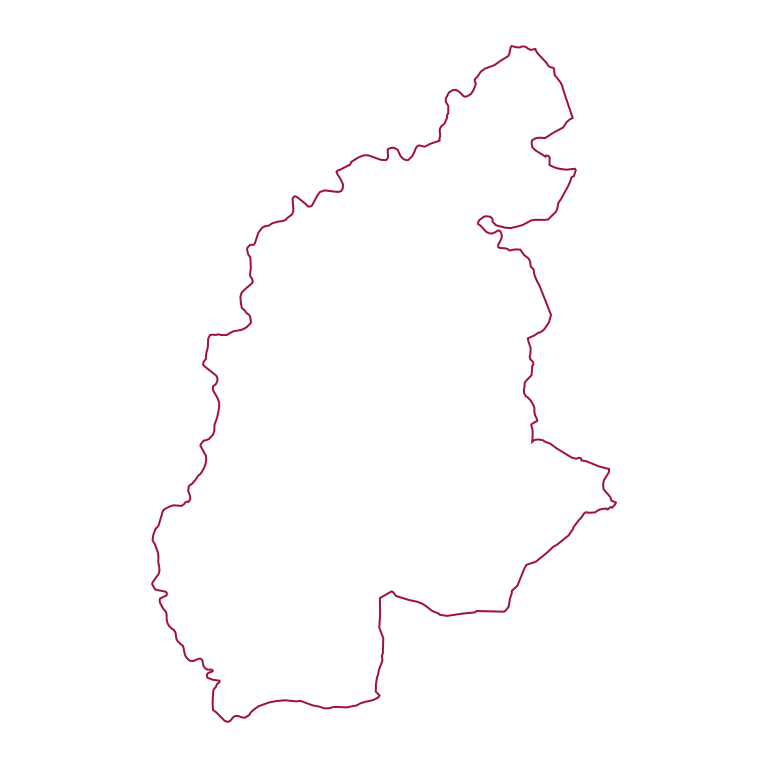 Cuautempan, Puebla, Mexico (Albers equal-area conic projection)
{"feature_id": "50627088B27236807147286", "entity_name": "Cuautempan", "entity_type": "district", "adm_level": 2, "iso_a3": "MEX", "parent_name": "Mexico", "parent_adm1": "Puebla", "projection": "albers", "projection_center": [-97.792, 19.919], "detail": "fine", "context": "isolated", "style": "outline", "palette": "rose", "viewbox_px": 768, "rotation_deg": 0, "n_neighbors": 0, "source": "geoboundaries", "source_scale": "gbopen_adm2", "svg_char_len": 6084}
<svg xmlns="http://www.w3.org/2000/svg" viewBox="0 0 768 768"><path d="M548.2,219.4L556.0,211.7L557.3,208.6L558.3,203.0L561.1,198.9L567.9,186.5L570.3,181.2L571.4,177.4L573.9,176.1L575.8,170.1L575.0,168.8L566.2,169.7L558.9,168.7L554.6,167.5L549.5,165.0L549.6,157.2L548.7,156.2L547.7,155.6L546.1,155.6L545.6,156.7L535.4,150.3L532.3,147.2L531.6,143.1L532.1,140.3L535.5,138.3L539.1,137.7L545.2,138.1L553.0,132.9L563.0,127.6L566.8,121.9L569.8,119.4L572.7,118.0L563.9,91.9L562.0,85.2L560.0,81.7L554.6,75.0L554.1,69.0L553.6,68.0L549.6,66.9L548.1,65.6L546.8,63.2L537.8,53.6L535.8,50.5L535.4,49.0L530.7,49.9L527.8,48.5L525.9,47.0L523.8,46.4L521.5,46.6L520.0,47.4L517.4,47.4L511.5,46.1L510.7,47.4L509.4,53.5L508.3,56.0L501.5,60.2L494.5,65.1L485.1,68.6L480.9,71.5L478.0,75.9L474.8,79.4L474.8,81.7L475.9,83.3L474.9,86.8L473.0,90.9L470.9,94.0L467.8,96.0L465.0,96.8L463.4,96.0L459.2,91.7L455.9,89.9L452.9,90.1L448.8,92.6L445.9,98.4L445.7,99.9L445.9,101.9L448.3,106.1L448.2,113.6L447.1,114.9L446.9,116.0L447.3,117.2L444.5,123.6L441.1,126.5L440.2,128.3L439.7,130.1L440.2,136.1L439.3,139.0L439.7,139.9L439.5,140.7L432.0,143.2L428.7,144.5L426.3,146.1L424.2,146.6L419.4,145.5L418.1,145.6L416.9,146.6L415.6,148.6L414.8,151.0L412.4,155.9L408.3,160.0L406.5,160.2L403.6,159.2L401.5,157.2L400.0,155.1L397.8,149.9L394.2,147.9L391.9,147.7L388.6,148.7L387.6,149.9L388.1,156.7L387.7,158.2L386.5,159.8L385.5,160.1L380.8,159.8L368.2,155.3L364.1,155.3L358.6,157.3L351.3,161.9L350.3,164.3L349.1,165.4L348.4,165.4L339.2,170.2L338.1,170.3L336.5,171.6L337.4,174.2L340.1,178.3L343.0,184.3L342.8,188.3L341.4,190.9L339.0,191.9L337.3,191.9L324.6,190.4L320.1,191.9L317.3,195.6L312.0,205.5L310.0,206.6L307.6,206.3L306.3,204.5L297.9,197.7L295.4,196.3L294.3,196.5L293.6,196.9L292.6,198.8L293.4,210.8L292.1,214.4L287.2,218.1L285.7,219.9L282.6,221.1L278.1,221.6L272.4,223.2L268.8,225.6L265.0,226.3L262.3,227.6L258.4,232.6L254.8,243.5L253.8,244.7L250.2,244.9L247.5,247.5L247.1,249.5L247.8,252.8L248.4,254.8L250.0,256.9L250.5,260.0L250.8,267.5L250.1,274.5L250.4,276.6L252.1,278.9L252.8,281.6L251.6,283.7L245.8,288.5L241.9,292.4L241.0,294.4L240.4,297.2L240.9,303.5L241.9,308.0L244.9,310.6L246.3,312.8L248.8,314.7L250.1,316.3L250.9,321.3L250.8,323.0L246.3,327.5L241.6,329.8L233.6,331.3L230.5,332.7L226.7,335.0L221.9,335.1L217.7,334.3L216.5,334.9L211.2,334.7L210.1,335.0L208.2,338.5L207.8,347.4L206.3,353.1L205.9,357.1L206.1,358.7L203.8,361.7L203.1,363.4L203.1,364.8L205.5,367.1L216.4,375.8L217.5,378.4L217.3,381.3L215.8,384.2L213.1,386.2L212.8,388.3L213.4,391.1L216.9,396.8L219.2,402.4L219.2,406.5L218.6,410.5L217.1,417.6L214.5,424.8L214.3,430.7L213.1,434.5L208.8,439.1L206.1,440.2L203.7,440.6L200.8,444.2L200.4,445.7L205.9,455.8L206.2,458.2L206.1,461.4L204.4,467.4L200.9,473.4L197.9,476.0L195.5,479.9L191.7,484.1L189.6,485.3L188.7,486.8L188.2,490.7L190.0,496.0L190.4,498.8L188.6,501.8L186.7,501.7L185.5,502.2L184.1,504.1L181.5,505.9L173.5,505.3L169.7,506.5L164.8,509.0L163.0,510.6L158.5,525.7L155.4,529.2L153.5,534.3L152.8,537.9L152.6,540.4L154.8,544.0L158.0,552.7L158.4,556.0L158.3,562.0L159.4,568.6L159.4,571.3L158.6,574.0L152.6,582.3L152.1,584.0L154.8,589.1L157.0,590.0L165.4,591.6L166.6,592.7L166.9,594.1L166.6,595.4L159.9,598.6L159.7,600.6L159.9,602.6L163.0,608.4L165.8,611.7L166.6,614.2L166.7,619.9L167.6,623.3L168.9,625.8L171.3,628.3L174.0,630.0L175.5,632.6L176.3,638.6L177.3,640.5L180.6,644.2L182.7,645.6L183.5,647.7L184.5,653.0L185.6,656.4L187.7,659.0L190.2,660.9L193.6,660.9L198.7,658.7L201.0,658.8L202.5,660.6L203.4,665.8L204.9,668.0L207.4,669.7L211.7,669.6L212.6,670.4L212.6,671.3L208.3,672.9L207.0,674.4L206.9,676.2L207.7,677.8L212.6,679.7L219.5,680.7L219.5,682.2L217.2,683.9L215.8,686.9L213.8,689.4L213.1,692.2L212.6,703.1L213.0,710.0L216.2,712.3L224.5,720.7L227.5,721.9L230.0,721.1L233.6,716.8L235.8,715.8L238.3,716.0L241.5,717.3L244.9,717.7L249.0,715.2L250.6,712.6L254.2,709.3L258.7,706.2L269.3,702.4L276.6,701.0L285.2,700.3L296.5,701.4L300.3,700.8L312.7,705.4L318.7,706.5L324.1,708.3L328.9,708.3L333.0,707.1L336.9,706.9L346.2,707.4L356.5,705.5L360.3,703.4L365.3,701.8L372.9,700.2L378.3,697.5L379.5,695.5L375.8,691.6L375.9,684.5L376.9,678.1L378.2,674.1L378.9,669.8L382.4,660.9L381.9,655.4L382.8,653.7L383.3,638.2L379.3,627.8L380.1,613.8L379.9,598.1L391.5,591.4L393.1,592.2L396.1,596.0L409.0,600.0L417.1,601.7L422.6,603.9L426.4,606.4L431.8,610.7L439.0,613.8L439.9,614.8L447.1,615.9L461.7,613.7L474.9,612.4L476.6,611.0L504.0,611.7L505.3,610.9L508.6,606.8L510.0,598.5L511.8,593.1L511.9,590.7L517.4,585.7L524.4,568.4L526.3,564.9L535.8,561.7L547.1,552.6L553.0,546.9L557.0,544.7L568.8,535.2L572.6,529.6L573.6,527.0L579.3,519.6L581.2,517.7L584.2,513.3L586.1,512.2L589.1,512.8L595.0,512.4L598.6,510.0L601.3,509.1L606.6,508.5L607.1,509.4L607.9,509.4L610.5,507.0L612.2,507.6L615.0,504.6L615.9,502.5L611.4,500.6L610.3,497.0L603.6,489.3L603.1,485.0L603.8,480.4L608.8,472.4L609.1,469.0L598.6,466.3L586.0,461.1L581.6,460.5L580.9,458.3L579.1,457.8L576.2,458.7L572.1,457.8L556.5,448.3L550.4,443.7L545.4,441.9L542.7,440.2L538.7,439.5L536.0,439.7L534.2,440.1L532.2,441.9L532.7,435.0L532.5,429.1L531.2,425.4L531.5,424.4L533.0,423.2L537.2,420.9L537.1,419.4L535.0,415.1L534.4,411.8L534.4,407.9L533.0,404.3L530.4,400.2L528.2,397.8L525.6,395.9L524.1,393.1L523.8,390.3L524.6,386.2L524.6,383.1L525.6,381.3L531.5,375.2L532.3,365.7L533.4,364.4L533.2,362.4L530.1,358.8L529.7,356.5L530.4,354.0L530.7,348.2L528.3,341.0L527.8,338.4L534.7,335.3L538.1,332.8L539.9,332.5L542.2,331.1L544.5,329.0L549.0,322.2L551.0,314.8L539.8,286.4L536.3,279.6L534.3,274.4L533.6,269.3L530.7,266.5L530.1,261.3L528.6,258.5L523.9,254.9L520.4,249.7L517.1,249.4L513.6,249.6L510.5,250.4L508.9,250.3L508.0,249.2L505.4,248.3L499.9,248.0L498.3,247.1L498.1,245.1L498.5,243.9L499.7,242.2L501.7,237.7L501.8,235.4L500.6,231.6L499.3,230.7L498.0,230.5L495.1,232.3L491.9,233.6L489.2,233.2L486.3,231.9L480.7,225.8L478.1,224.0L478.1,222.3L479.2,220.2L483.4,217.0L485.9,216.2L490.0,216.7L491.8,218.0L492.6,219.5L492.6,221.8L496.1,225.3L505.8,227.8L511.0,228.0L519.1,226.1L522.7,225.0L531.4,220.3L535.7,219.8L545.1,219.9L548.2,219.4Z" fill="none" stroke="#9f1239" stroke-width="2"/></svg>